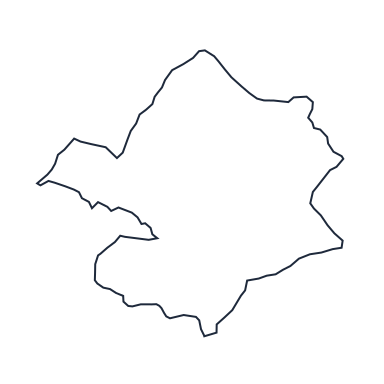 Geroskipou, Paphos, Cyprus, rotated 186°
{"feature_id": "46923920B13296548837495", "entity_name": "Geroskipou", "entity_type": "district", "adm_level": 2, "iso_a3": "CYP", "parent_name": "Cyprus", "parent_adm1": "Paphos", "projection": "equal_earth", "projection_center": [32.458, 34.751], "detail": "fine", "context": "isolated", "style": "outline", "palette": "slate", "viewbox_px": 384, "rotation_deg": 186, "n_neighbors": 0, "source": "geoboundaries", "source_scale": "gbopen_adm2", "svg_char_len": 1783}
<svg xmlns="http://www.w3.org/2000/svg" viewBox="0 0 384 384"><g transform="rotate(186 192 192)"><path d="M45.0,240.8L46.9,243.3L55.5,246.8L61.7,254.4L63.3,260.8L71.0,267.5L77.4,268.4L79.6,273.7L84.2,278.0L83.0,281.7L81.0,287.0L81.2,294.0L88.0,298.8L100.8,296.7L105.6,291.5L120.2,291.5L130.0,290.6L137.1,291.7L145.2,296.3L153.8,302.2L164.8,310.2L172.3,317.5L179.4,324.8L184.2,329.4L185.9,330.2L194.0,334.2L199.7,332.8L204.9,325.5L214.1,318.2L224.5,311.1L230.5,300.6L232.8,292.8L236.2,287.6L239.1,282.8L240.6,275.3L246.2,269.1L252.2,263.6L254.7,254.3L259.3,246.3L261.6,237.6L265.0,223.9L270.2,217.9L282.5,227.5L297.3,229.1L308.1,230.5L314.8,232.8L315.7,231.5L323.4,220.7L329.2,215.0L331.1,205.8L333.8,199.7L337.6,194.2L346.9,184.4L344.8,183.4L343.4,182.8L335.9,188.0L329.6,186.9L318.6,184.4L309.8,182.1L304.4,180.0L300.8,174.3L293.5,171.4L291.2,167.7L289.8,165.4L284.4,172.1L274.6,168.4L270.4,164.7L263.5,168.9L256.4,167.0L249.7,165.2L243.5,161.1L238.9,154.9L235.3,156.0L229.4,151.9L227.0,145.8L221.7,142.4L230.1,139.9L244.0,140.2L254.0,140.4L258.8,141.0L263.4,134.2L270.3,127.8L276.6,121.0L278.8,119.1L280.7,110.1L280.0,102.1L279.4,94.1L278.0,92.6L276.6,91.1L270.2,87.6L263.4,86.9L256.9,83.6L249.6,81.5L248.7,75.8L243.5,72.0L239.3,72.0L231.3,74.9L227.0,75.4L220.6,76.0L215.7,76.7L212.6,75.4L210.2,73.3L207.2,68.9L204.6,65.6L200.7,64.1L187.4,68.8L181.4,68.5L175.0,68.2L171.4,65.1L168.7,56.5L165.1,50.8L164.7,49.8L152.9,54.7L153.6,62.9L146.7,70.5L139.6,78.7L132.5,94.0L128.9,99.7L127.9,109.7L116.6,112.9L108.9,116.6L100.2,118.9L93.5,124.1L86.4,128.7L78.7,136.9L68.2,142.4L57.0,145.3L46.1,149.9L37.4,152.2L37.1,159.4L46.1,165.8L53.7,173.1L61.4,182.2L69.0,188.3L73.2,193.1L71.8,204.7L68.3,210.1L57.0,228.2L50.9,232.1L45.0,240.8Z" fill="none" stroke="#1e293b" stroke-width="2"/></g></svg>